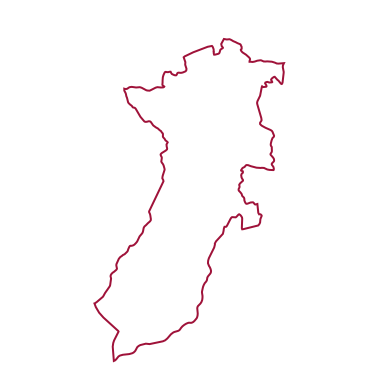 SVG path tracing the border of Mashonaland East, rotated 161°
{"feature_id": "ZWE-528", "entity_name": "Mashonaland East", "entity_type": "Province", "adm_level": 1, "iso_a3": "ZWE", "parent_name": "Zimbabwe", "parent_adm1": "", "projection": "orthographic", "projection_center": [31.478, -17.977], "detail": "fine", "context": "isolated", "style": "outline", "palette": "rose", "viewbox_px": 384, "rotation_deg": 161, "n_neighbors": 0, "source": "natural_earth", "source_scale": "10m", "svg_char_len": 6031}
<svg xmlns="http://www.w3.org/2000/svg" viewBox="0 0 384 384"><g transform="rotate(161 192 192)"><path d="M297.3,60.3L298.2,59.8L299.6,59.2L301.1,59.0L304.2,59.2L310.3,60.6L313.4,60.8L315.1,60.4L318.1,58.5L319.7,57.8L320.9,57.7L317.3,71.6L315.6,74.9L314.0,77.0L306.9,83.9L307.0,84.6L316.6,102.1L319.1,108.1L320.4,114.5L320.5,118.4L319.9,118.4L317.8,119.0L310.4,121.9L309.5,122.6L307.1,124.8L300.5,129.6L299.7,130.6L296.7,136.5L296.4,139.0L295.8,139.9L294.6,140.9L293.1,141.6L292.1,141.8L289.0,143.0L288.3,143.5L287.9,144.0L287.8,144.6L287.5,147.1L287.0,148.3L282.9,152.7L280.9,153.9L279.3,154.3L277.8,154.9L276.0,155.1L272.6,156.7L272.0,157.2L270.7,158.9L269.2,160.5L268.4,161.1L267.7,161.2L266.6,160.8L265.3,160.7L264.4,160.8L263.4,161.1L261.6,162.0L260.0,163.0L256.0,167.1L252.8,169.0L251.9,169.7L250.9,171.1L249.9,172.9L249.2,174.0L248.6,174.5L248.1,174.9L246.1,175.7L244.0,176.8L241.3,177.9L240.2,178.7L239.7,179.8L239.0,183.7L238.9,185.0L239.1,186.7L239.0,187.3L238.7,187.8L215.5,211.4L215.3,212.7L215.6,214.5L215.2,215.5L214.4,216.9L210.7,221.9L210.5,222.5L210.4,223.1L210.2,226.5L210.5,228.3L211.0,229.7L211.1,230.8L209.6,233.7L209.3,234.7L209.6,236.7L209.4,237.8L208.7,238.3L207.8,238.7L203.4,239.7L202.4,240.1L201.7,240.5L201.3,241.4L201.1,243.4L200.6,245.3L199.4,246.3L198.8,246.9L199.2,247.8L200.3,249.5L200.6,251.2L201.4,253.0L201.5,253.8L200.6,256.3L200.6,257.0L201.1,258.0L201.5,259.7L202.4,260.9L203.6,263.2L205.0,264.7L207.0,267.6L208.1,271.5L208.6,272.3L209.0,272.6L210.0,273.0L211.8,273.1L213.0,273.4L213.9,274.0L214.2,274.5L216.3,279.9L218.1,288.9L218.3,289.5L218.8,290.3L220.2,291.1L220.5,291.6L220.9,293.1L222.1,294.9L223.0,296.7L223.2,297.7L222.8,302.1L222.9,304.0L222.6,306.0L222.6,307.3L223.0,309.9L222.4,311.7L221.8,311.2L220.1,310.7L219.3,310.8L217.7,311.3L216.7,311.4L214.7,311.0L210.8,309.0L207.2,308.1L205.7,307.0L202.0,303.0L200.6,302.2L199.0,301.6L197.3,301.8L192.4,302.5L190.6,302.4L187.3,300.9L185.2,300.3L184.3,300.4L183.9,300.7L184.1,301.1L184.7,301.9L185.1,302.8L185.0,303.3L184.3,304.8L183.5,307.0L182.2,310.0L181.3,311.3L180.7,312.1L178.9,313.9L178.2,314.2L177.6,314.1L176.7,313.5L175.6,313.1L174.5,313.0L173.7,312.9L173.1,312.7L173.0,312.2L172.9,311.0L172.5,310.0L170.6,308.2L169.2,307.5L168.7,307.6L168.3,307.9L167.5,308.7L167.0,309.2L166.3,309.3L165.8,309.2L163.8,308.3L162.9,308.1L161.6,308.0L158.9,308.2L158.0,308.7L157.5,309.3L157.4,309.8L157.1,310.4L157.0,314.5L156.0,317.0L156.0,322.1L154.8,322.6L145.3,323.7L129.9,324.2L125.6,323.6L125.3,323.0L125.2,322.5L125.1,321.3L125.1,319.9L125.4,318.8L125.9,317.7L125.7,317.3L126.1,316.7L126.3,315.9L126.4,314.7L125.7,314.4L122.3,314.1L121.2,314.3L120.6,314.8L119.5,316.4L118.9,317.2L118.0,317.6L116.1,318.0L115.8,318.4L116.0,319.2L116.4,320.1L116.2,322.4L112.0,326.3L109.5,324.9L106.7,324.2L105.4,323.0L103.9,321.2L102.0,319.5L100.5,317.9L98.2,315.9L98.0,315.4L98.1,314.5L97.8,313.5L97.9,312.8L98.4,311.3L98.7,311.0L99.5,310.7L99.6,310.4L99.6,309.7L99.1,308.2L98.6,307.3L96.2,304.2L94.2,300.6L93.9,299.7L93.8,299.0L93.9,298.6L95.0,297.0L95.2,296.4L94.5,296.2L92.3,295.2L90.2,294.9L87.6,294.9L84.5,294.3L83.8,294.0L81.7,292.1L80.2,291.5L78.3,291.0L74.1,289.2L71.6,287.4L70.0,285.9L68.3,285.2L63.1,283.9L64.8,282.1L65.5,280.5L66.2,275.7L66.5,274.9L70.7,266.1L71.5,265.1L72.0,264.9L72.4,265.2L72.7,265.6L74.0,269.2L74.7,270.2L76.3,274.0L76.8,274.1L77.6,274.0L79.6,273.3L80.4,272.7L80.7,272.3L80.3,270.3L80.4,269.8L80.8,269.7L83.4,270.4L84.6,271.4L85.2,271.6L85.9,271.7L87.0,271.6L87.5,270.9L87.0,268.8L87.0,268.2L87.2,267.6L87.6,267.4L88.1,267.5L90.4,268.0L90.7,268.2L91.3,269.1L91.8,268.6L96.3,260.8L100.5,256.6L101.1,255.7L101.5,254.9L101.7,253.6L102.4,239.3L102.6,238.4L102.8,237.3L103.3,236.7L105.0,235.4L105.3,234.7L105.5,234.1L104.9,232.7L104.3,231.8L101.6,228.8L97.5,225.0L96.6,223.8L96.3,222.8L96.1,219.4L96.1,218.4L96.4,217.9L96.8,217.5L98.3,216.8L99.0,216.0L99.9,214.9L101.6,212.3L102.2,211.0L102.3,210.0L102.0,209.0L102.0,208.4L103.0,205.1L103.4,204.2L103.9,203.6L105.2,202.6L105.5,202.1L105.5,201.5L104.1,198.1L103.8,196.6L104.0,195.3L104.6,194.3L106.8,193.2L107.4,192.7L107.6,192.2L107.6,191.7L106.9,189.4L106.9,188.6L107.1,187.2L107.5,186.4L107.8,186.2L108.1,186.3L111.6,187.7L113.5,188.8L116.1,191.3L118.0,192.1L119.3,192.4L123.1,194.0L127.9,197.2L130.2,199.1L131.1,199.5L131.7,199.7L132.1,199.7L132.8,199.4L134.1,198.6L136.0,198.3L136.6,198.1L138.3,196.8L138.6,196.3L138.5,196.1L137.6,195.4L137.2,195.0L137.3,194.5L137.6,193.7L139.0,193.1L140.0,191.9L140.4,189.7L140.3,188.5L139.9,186.8L140.1,186.1L143.7,184.5L144.5,183.9L145.1,183.3L145.1,182.3L145.3,181.6L145.7,180.8L146.7,179.9L147.1,179.2L147.3,178.7L147.2,177.8L146.3,175.8L146.0,174.9L145.7,173.9L145.8,172.1L145.6,171.5L144.9,170.2L144.7,169.5L144.7,168.8L145.2,167.0L145.2,165.8L145.1,164.7L144.8,163.6L144.3,163.1L143.4,162.9L140.1,163.0L138.3,162.6L137.6,162.3L137.2,161.6L136.7,160.1L136.4,159.7L136.0,159.5L134.1,159.4L136.1,150.7L135.8,149.0L135.1,148.9L134.4,148.5L133.8,147.2L134.0,146.6L136.1,144.2L137.6,140.9L138.9,139.6L140.3,138.8L155.9,140.2L156.7,140.4L156.7,141.1L156.6,141.7L153.2,150.5L153.0,151.6L153.2,152.7L153.5,153.8L154.0,154.8L154.7,155.6L155.6,155.4L157.8,154.2L158.9,153.8L162.3,155.2L163.4,154.8L164.5,153.9L169.7,148.9L170.8,148.1L171.4,148.1L172.6,148.5L173.3,147.7L173.9,146.8L174.9,144.8L176.4,142.4L185.4,137.5L187.2,135.8L187.4,134.9L189.1,132.3L197.6,123.9L199.1,121.8L200.1,119.4L200.0,116.6L199.6,114.9L199.5,112.9L199.7,111.1L200.5,109.6L201.6,108.7L204.1,107.2L205.3,106.2L206.6,103.8L207.2,103.2L207.8,102.7L209.7,101.6L211.3,100.1L212.6,98.5L214.9,94.7L215.3,93.7L215.9,90.3L216.6,88.4L217.5,86.6L218.8,85.0L220.3,83.8L223.5,82.2L224.4,81.3L224.9,80.3L226.1,75.4L226.8,73.7L227.7,72.2L228.7,71.1L231.5,69.4L233.1,68.7L234.6,68.5L235.5,68.6L237.2,69.3L238.0,69.5L240.2,69.4L242.5,68.9L244.8,68.1L246.7,67.0L248.3,65.8L249.2,65.4L250.3,65.2L254.4,65.4L255.7,65.2L258.3,64.3L263.1,61.5L265.7,60.5L268.1,60.3L281.6,62.0L285.0,63.6L290.7,64.1L292.6,63.8L294.3,63.1L297.3,60.3Z" fill="none" stroke="#9f1239" stroke-width="2"/></g></svg>